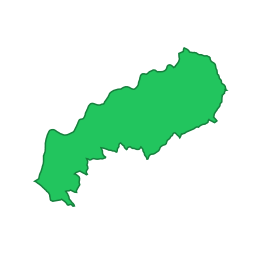 outline of Nova Marilândia, Mato Grosso, Brazil, rotated 329°
{"feature_id": "56859067B8874694960796", "entity_name": "Nova Marilândia", "entity_type": "district", "adm_level": 2, "iso_a3": "BRA", "parent_name": "Brazil", "parent_adm1": "Mato Grosso", "projection": "natural_earth1", "projection_center": [-57.302, -14.299], "detail": "fine", "context": "isolated", "style": "filled", "palette": "green", "viewbox_px": 256, "rotation_deg": 329, "n_neighbors": 0, "source": "geoboundaries", "source_scale": "gbopen_adm2", "svg_char_len": 5838}
<svg xmlns="http://www.w3.org/2000/svg" viewBox="0 0 256 256"><g transform="rotate(329 128 128)"><path d="M232.0,146.4L231.2,144.8L232.0,144.7L232.2,143.8L232.7,142.6L232.7,141.0L232.3,139.9L231.9,139.1L231.4,138.3L231.6,136.9L232.2,135.9L232.4,134.8L231.9,132.4L232.4,131.3L232.9,129.2L232.4,128.3L232.6,127.2L233.0,126.4L234.0,124.2L234.0,123.1L234.1,122.2L234.5,121.2L235.4,118.8L235.4,117.4L234.9,116.2L234.2,114.9L233.7,113.7L233.7,112.4L234.0,111.0L234.5,110.1L234.2,108.8L233.6,108.2L233.2,107.2L232.5,106.6L231.8,106.2L230.9,105.8L230.0,104.9L229.2,103.7L228.6,103.0L227.7,102.4L226.8,101.9L226.2,101.0L225.7,100.0L225.2,98.8L224.2,98.0L223.6,97.3L222.4,96.9L221.9,96.3L221.0,95.6L219.8,94.6L219.9,93.0L219.5,91.7L218.9,90.5L218.2,89.5L217.4,88.3L216.4,88.9L215.4,90.1L214.9,90.9L210.0,90.3L208.7,92.7L208.2,93.8L207.9,94.8L207.5,95.5L205.7,97.1L204.7,97.6L203.4,98.3L202.6,98.4L201.6,99.0L200.9,99.0L199.9,99.8L199.0,99.5L198.3,99.7L198.0,98.2L197.4,96.7L196.8,95.8L196.0,95.2L194.8,94.9L193.4,95.3L192.8,95.9L191.8,96.8L190.7,97.5L189.3,97.8L187.5,97.7L186.3,97.3L185.6,96.9L184.6,96.4L183.4,95.6L182.1,95.0L181.6,93.8L181.1,92.5L179.9,91.5L179.2,91.2L178.3,91.2L176.6,91.0L175.2,90.8L174.3,91.1L173.0,91.3L171.4,91.4L169.9,90.0L168.7,89.2L167.6,89.0L166.9,89.1L165.7,89.6L165.1,90.3L164.5,90.7L163.8,91.5L162.9,92.5L162.3,93.0L161.4,93.7L160.3,94.7L159.7,95.5L159.2,96.1L158.2,96.8L157.3,97.2L155.7,97.7L153.6,98.0L152.5,97.5L151.5,96.4L150.8,95.4L150.3,94.4L149.8,93.6L148.7,92.4L147.1,91.4L145.4,91.0L144.5,90.9L142.8,90.9L142.0,91.0L140.7,90.3L139.3,89.6L135.0,88.5L132.5,88.5L131.4,88.6L130.0,89.0L129.1,89.7L126.5,91.4L125.8,91.6L124.9,92.1L123.5,92.7L122.6,93.1L121.5,93.5L120.4,94.4L119.5,94.8L117.7,94.1L116.9,94.0L116.1,94.0L114.6,93.1L113.8,92.6L112.4,91.0L111.6,90.0L110.9,89.2L110.2,88.6L109.3,88.2L108.5,88.0L107.8,88.1L105.5,88.9L102.8,91.0L101.7,91.6L101.0,92.3L100.1,92.7L99.4,93.2L98.8,93.8L98.0,94.8L95.9,96.3L95.0,96.7L94.0,96.9L92.5,96.4L91.5,96.0L90.5,96.0L89.4,96.6L87.5,98.0L86.7,98.7L86.1,99.0L84.9,99.9L83.1,101.0L81.0,102.4L80.1,102.9L79.0,103.2L78.3,103.2L77.5,103.1L75.0,102.9L73.6,102.7L72.3,102.5L70.1,101.5L69.1,100.6L68.0,99.1L66.8,97.6L66.4,96.6L65.1,94.4L64.8,93.5L64.0,91.9L63.2,91.0L62.2,90.4L61.2,90.0L59.6,89.8L58.3,90.4L55.1,92.6L54.2,93.5L53.2,94.4L52.6,94.9L51.9,95.6L51.0,96.6L50.5,97.2L49.3,98.5L47.9,100.9L47.2,101.9L46.6,103.0L45.9,103.9L45.5,104.6L45.0,105.3L43.7,106.5L43.0,106.9L42.4,107.6L41.6,108.0L41.1,108.6L40.6,109.5L39.8,110.8L38.3,113.3L37.5,114.3L37.0,115.0L36.3,115.6L35.7,116.1L35.0,116.7L34.4,117.3L33.9,117.9L30.9,120.6L29.6,121.4L28.2,122.5L25.3,125.6L20.6,125.6L21.3,126.5L21.7,127.4L22.2,128.8L22.8,130.0L23.6,132.0L24.1,133.5L24.4,135.0L24.9,136.5L25.2,137.9L25.7,139.1L25.7,140.3L26.2,141.4L26.5,142.8L26.5,143.9L26.4,145.0L25.8,146.3L25.2,148.0L24.7,149.0L24.5,150.1L25.8,152.0L33.2,154.9L34.4,154.9L35.9,158.4L36.4,160.1L36.5,162.6L37.0,163.3L39.4,163.9L40.2,164.7L40.3,165.9L40.6,166.7L41.9,167.2L42.2,165.8L42.0,164.2L41.6,163.2L41.4,160.5L41.0,158.7L41.3,158.0L41.9,156.3L42.1,154.3L42.3,153.3L42.0,150.2L42.8,150.5L43.5,150.6L45.2,151.5L46.8,151.6L47.9,153.4L49.3,155.6L50.8,156.7L51.1,155.8L51.7,155.0L53.5,153.9L56.2,152.4L57.4,151.8L57.7,150.8L57.9,149.9L58.6,148.7L59.4,147.9L60.5,146.3L60.9,144.9L60.5,143.4L59.8,141.7L59.3,140.7L58.5,139.8L60.4,139.4L64.6,140.1L65.1,141.1L66.1,142.8L66.5,143.6L67.1,144.3L67.6,145.2L67.9,146.0L68.4,146.7L69.3,146.7L69.3,145.5L69.4,144.5L70.2,143.4L72.7,142.1L73.1,141.3L73.5,140.4L73.7,139.5L73.6,138.6L75.1,137.4L76.0,136.2L76.4,135.5L76.6,134.0L76.7,132.9L77.9,134.0L78.5,135.5L79.6,136.0L80.6,136.1L81.4,136.1L82.2,136.2L83.1,136.8L83.7,137.3L84.7,138.3L85.8,139.0L87.0,139.6L88.3,140.0L89.1,140.4L89.7,141.0L90.5,141.4L92.3,141.6L93.1,141.9L93.8,141.4L93.1,139.8L92.9,138.9L92.9,137.6L93.2,136.4L94.3,134.4L94.5,133.1L94.5,132.2L94.7,131.0L96.9,132.9L99.4,135.9L100.1,137.0L100.8,137.5L101.7,138.2L102.3,138.7L102.7,139.4L103.3,140.0L104.0,140.4L104.7,140.9L105.1,142.0L105.9,142.8L106.9,142.1L107.8,140.9L108.6,140.1L109.7,139.8L110.7,139.2L111.2,138.2L112.0,137.3L113.0,137.0L114.0,137.0L114.6,139.7L114.9,140.5L115.3,141.3L115.0,142.3L115.0,143.5L115.6,145.7L116.3,145.7L117.0,145.1L118.2,144.6L119.0,144.9L120.0,145.0L120.5,145.7L120.7,146.7L121.2,147.5L121.7,148.1L122.5,148.4L123.1,149.0L123.7,149.9L124.6,150.9L125.4,151.4L126.4,151.9L127.4,151.8L128.1,151.5L129.3,150.9L129.8,154.0L129.3,154.8L129.0,155.6L129.0,156.5L129.1,157.7L128.7,158.6L128.4,159.6L128.4,160.4L128.6,161.8L128.6,163.1L128.2,164.5L129.0,164.8L129.9,164.2L130.9,163.4L131.7,162.8L132.6,162.5L133.7,162.3L135.1,162.7L136.1,163.3L136.8,163.4L137.6,163.6L139.2,163.5L141.1,163.4L142.5,163.3L143.5,162.8L144.3,162.3L145.2,161.5L146.2,161.0L147.4,160.8L149.2,160.8L150.0,161.0L151.0,161.3L151.8,161.3L152.8,161.0L153.6,160.2L154.6,159.4L155.2,158.9L156.0,158.8L157.0,158.6L157.9,158.6L158.6,158.3L159.5,157.9L160.1,157.4L161.1,157.2L162.0,157.3L162.7,156.9L163.4,156.3L164.2,155.9L165.7,156.2L166.2,157.4L166.5,158.8L166.7,159.7L167.3,161.3L167.3,163.1L168.1,162.7L169.5,161.7L170.7,160.7L171.7,161.3L172.5,161.2L173.7,161.7L175.9,161.5L184.0,162.6L185.1,162.5L186.3,162.4L187.2,162.4L188.0,162.8L188.7,163.6L189.5,163.5L190.2,163.3L191.1,163.2L192.0,163.2L193.9,163.4L194.6,163.7L195.5,164.1L196.5,164.4L197.3,164.2L198.2,164.4L199.6,164.2L200.4,163.2L201.0,162.7L201.8,162.4L202.0,163.3L203.3,165.2L204.4,167.1L205.0,168.0L206.5,167.9L207.9,167.7L207.7,166.0L207.0,162.8L208.0,161.9L208.5,161.1L209.4,160.3L211.0,159.4L212.7,158.7L213.7,158.3L214.5,157.7L216.5,157.1L217.5,156.6L218.2,156.3L218.8,155.4L219.7,154.6L220.7,154.3L221.8,154.0L222.5,152.9L224.2,150.3L225.0,149.5L225.6,148.4L226.6,148.4L227.9,147.9L228.6,147.9L229.2,146.9L230.0,146.4L230.8,146.0L232.0,146.4Z" fill="#22c55e" stroke="#15803d" stroke-width="1.5"/></g></svg>